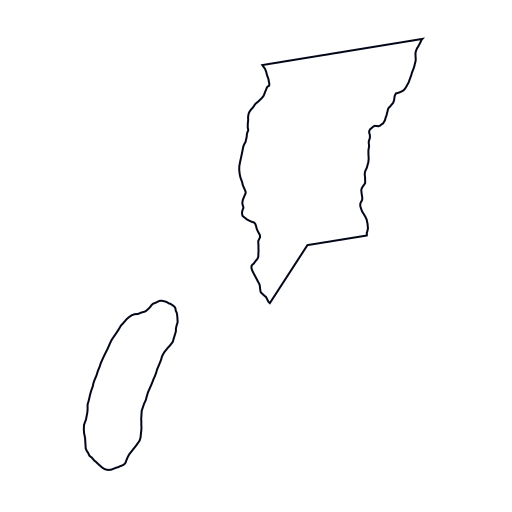 South Thiladhunmathe, Maldives, rotated 351°
{"feature_id": "70690204B40080676832228", "entity_name": "South Thiladhunmathe", "entity_type": "district", "adm_level": 2, "iso_a3": "MDV", "parent_name": "Maldives", "parent_adm1": "", "projection": "albers", "projection_center": [72.871, 6.495], "detail": "fine", "context": "isolated", "style": "outline", "palette": "ink", "viewbox_px": 512, "rotation_deg": 351, "n_neighbors": 0, "source": "geoboundaries", "source_scale": "gbopen_adm2", "svg_char_len": 4539}
<svg xmlns="http://www.w3.org/2000/svg" viewBox="0 0 512 512"><g transform="rotate(351 256 256)"><path d="M368.6,253.1L368.8,252.5L368.9,251.8L369.0,250.5L369.6,249.5L370.2,248.0L370.9,246.3L371.0,244.5L371.2,241.8L371.0,237.4L370.2,234.5L369.1,231.7L367.8,228.7L367.1,225.3L366.8,222.8L367.2,220.7L368.1,219.1L369.2,217.9L369.9,216.3L370.1,214.5L370.1,212.6L370.1,211.0L370.2,208.6L370.3,207.3L371.1,205.6L372.4,204.0L373.9,202.5L375.2,201.1L375.6,198.6L376.0,195.7L376.1,192.9L376.4,191.2L377.3,189.0L379.2,186.3L380.0,184.5L381.0,182.3L381.7,180.8L382.0,179.4L382.5,177.7L382.7,175.9L382.9,173.6L383.2,171.4L383.6,169.1L384.9,165.2L385.0,163.8L385.0,162.2L385.3,160.5L385.7,159.6L386.3,158.5L386.8,157.5L387.1,156.5L387.4,154.4L387.2,153.0L387.1,151.8L387.2,150.8L387.5,150.1L388.5,148.7L390.2,147.7L392.4,146.4L393.8,146.0L394.6,146.3L395.8,146.5L396.9,147.0L398.8,146.7L400.7,145.6L402.3,144.9L403.7,143.2L404.6,142.1L405.3,140.5L405.9,139.2L406.8,137.8L407.3,136.6L407.8,135.3L408.6,133.6L409.0,132.4L409.5,131.4L410.4,130.2L411.4,129.7L412.6,128.6L414.1,127.3L415.3,126.3L416.8,123.7L417.5,121.1L418.3,119.1L419.7,117.3L422.1,117.1L423.8,116.7L425.7,116.2L427.5,115.5L429.0,114.4L430.7,112.6L432.1,110.7L433.2,109.4L434.3,107.8L435.1,106.2L436.4,103.9L437.8,101.4L438.7,99.3L439.7,97.6L440.8,95.8L441.9,93.7L442.7,91.7L443.6,89.6L444.2,88.2L444.5,86.8L444.7,85.4L444.8,83.9L445.0,82.4L445.1,81.6L445.4,80.0L445.7,79.3L446.6,77.6L447.0,76.9L447.9,75.6L448.7,74.8L449.7,73.5L450.6,72.3L451.6,71.0L453.3,68.4L454.3,67.6L292.1,68.4L293.2,70.7L294.2,72.5L294.9,76.0L295.2,79.3L295.7,81.7L296.0,83.5L296.0,86.0L296.1,88.0L295.8,89.4L295.4,90.0L293.9,90.5L293.0,91.5L291.9,93.4L290.7,95.3L289.2,98.0L288.3,99.3L286.1,101.2L284.5,102.3L282.4,103.8L280.9,104.6L279.0,105.8L277.5,107.5L276.0,109.0L274.1,110.5L272.3,112.3L271.2,113.9L270.4,115.9L269.8,118.0L269.6,120.3L269.0,122.4L268.7,123.7L268.4,124.9L267.9,128.2L268.1,129.6L267.8,131.2L267.0,132.1L266.0,134.5L265.4,137.0L264.5,139.2L263.5,141.7L261.6,144.1L260.3,146.5L259.1,150.0L257.6,153.9L256.1,157.8L254.8,161.1L253.5,164.9L252.9,168.3L252.7,172.8L252.9,176.0L253.9,181.1L254.0,183.5L254.6,186.2L255.4,189.0L255.8,191.1L255.6,192.3L254.3,194.3L253.6,195.5L252.4,197.4L251.4,199.4L250.9,201.1L250.7,202.8L251.1,205.1L251.1,206.5L250.0,208.3L249.1,210.4L248.8,212.4L249.0,214.3L250.5,216.0L253.0,218.7L255.7,220.6L257.7,221.9L259.2,222.5L260.3,224.1L260.8,226.8L261.0,229.5L261.8,232.3L262.5,234.2L263.1,235.9L262.9,238.2L261.6,240.0L260.5,241.7L260.3,243.6L260.1,245.7L259.6,249.0L259.2,252.0L258.7,253.9L258.5,255.4L258.2,256.9L257.0,259.0L254.8,260.9L252.5,263.2L251.1,264.0L250.1,265.0L249.6,267.1L250.0,269.8L251.0,273.0L251.7,275.0L253.0,278.7L253.9,281.5L254.7,283.6L255.1,285.3L255.0,287.7L254.9,290.2L255.0,292.6L255.8,293.6L256.9,295.0L258.2,296.7L259.4,298.0L260.1,299.9L260.6,301.6L261.1,303.0L261.6,303.8L262.3,304.7L308.5,253.3L368.6,253.1ZM168.7,305.0L168.9,301.4L168.8,299.5L168.2,297.6L168.2,295.1L167.8,293.8L167.1,292.8L166.0,291.7L165.0,290.8L164.0,289.8L162.8,289.4L160.6,287.5L158.9,286.6L156.8,285.8L155.6,285.4L153.9,285.2L151.6,285.8L149.2,286.6L146.9,287.0L145.2,288.1L143.8,289.5L142.3,290.8L140.3,292.1L138.7,293.1L137.1,293.6L134.0,293.9L130.2,294.8L127.2,294.5L124.2,295.0L121.2,296.4L118.4,298.1L113.8,302.0L111.9,303.4L110.3,305.3L109.0,306.9L107.8,308.2L106.4,309.8L100.8,315.7L99.4,317.5L97.5,320.4L94.9,324.5L92.2,328.2L89.2,332.5L86.0,337.4L84.3,340.8L82.0,344.5L79.7,349.1L77.4,352.8L75.8,355.6L74.4,359.2L72.1,363.4L70.4,367.1L69.0,370.6L67.9,373.2L66.4,376.4L65.9,379.7L65.5,382.0L64.7,384.8L62.5,390.9L61.1,393.4L59.7,395.9L58.9,399.8L58.5,403.8L58.7,409.1L58.1,415.2L57.7,419.5L58.4,422.2L59.4,424.2L60.2,427.2L62.4,429.6L64.3,432.8L65.9,434.5L66.9,435.9L68.4,437.8L71.0,440.9L73.0,442.7L74.8,443.6L76.7,444.2L79.5,444.4L82.2,443.8L84.8,443.2L87.0,443.0L88.6,442.4L90.4,442.1L92.2,441.6L93.6,440.9L94.7,439.9L95.9,437.7L97.8,434.6L99.8,432.0L104.9,427.3L107.4,425.0L109.9,422.5L112.1,420.2L113.5,417.4L114.3,414.5L114.8,412.4L115.5,410.1L116.1,407.1L116.3,404.6L116.8,402.1L117.0,399.6L117.7,396.4L118.9,391.0L122.3,384.5L124.7,380.9L125.9,378.1L128.0,373.7L130.0,370.6L131.7,368.0L133.8,364.6L135.5,361.6L137.4,358.8L139.3,355.3L140.6,352.5L142.3,349.8L144.2,346.7L146.2,343.3L147.2,340.9L148.7,338.7L150.5,336.5L153.0,334.3L154.6,332.8L156.6,331.3L158.8,329.3L160.5,327.6L161.6,325.1L163.7,320.8L165.1,317.8L165.6,315.0L167.1,311.3L167.9,310.0L168.4,308.1L168.5,306.5L168.7,305.0Z" fill="none" stroke="#020617" stroke-width="2"/></g></svg>